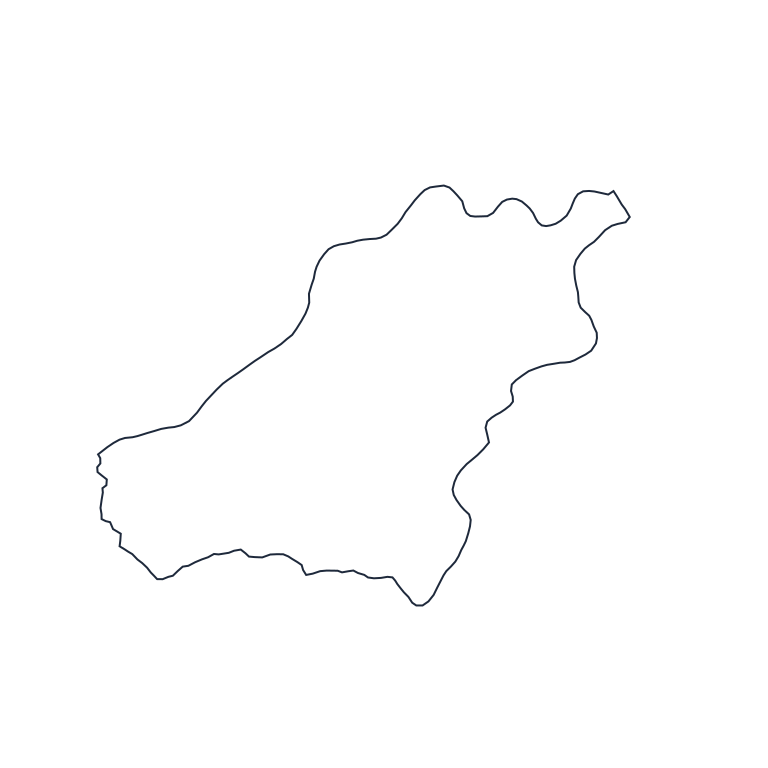 the district of Pirapora, Minas Gerais, Brazil, rotated 40°
{"feature_id": "56859067B69954433860239", "entity_name": "Pirapora", "entity_type": "district", "adm_level": 2, "iso_a3": "BRA", "parent_name": "Brazil", "parent_adm1": "Minas Gerais", "projection": "natural_earth1", "projection_center": [-44.864, -17.379], "detail": "fine", "context": "isolated", "style": "outline", "palette": "slate", "viewbox_px": 768, "rotation_deg": 40, "n_neighbors": 0, "source": "geoboundaries", "source_scale": "gbopen_adm2", "svg_char_len": 3398}
<svg xmlns="http://www.w3.org/2000/svg" viewBox="0 0 768 768"><g transform="rotate(40 384 384)"><path d="M210.2,621.7L214.3,623.2L217.8,627.2L217.8,632.1L221.2,635.6L226.8,635.5L233.0,635.3L236.4,640.0L235.3,644.8L238.4,647.9L242.0,654.0L246.5,661.2L251.3,665.3L254.5,669.0L259.0,667.9L263.0,665.9L269.7,669.3L278.6,667.9L282.7,673.5L285.8,678.3L291.4,677.4L295.7,676.9L300.5,676.1L307.9,676.9L313.9,676.6L320.6,677.0L326.5,678.3L330.7,678.7L335.6,679.3L339.9,675.8L342.8,670.3L345.5,666.6L346.2,660.0L347.2,653.3L351.0,649.0L353.9,641.9L357.3,635.3L360.6,629.8L363.0,623.5L366.9,620.8L370.3,616.9L373.6,613.1L376.3,608.1L380.7,602.9L386.7,602.7L391.5,603.0L396.1,599.8L402.2,595.1L406.5,587.7L411.6,583.0L416.3,579.2L421.5,577.6L425.7,577.1L432.2,576.1L437.3,575.6L441.6,578.5L447.1,580.3L451.3,575.1L455.4,568.4L459.9,563.9L465.0,559.7L468.6,556.8L472.9,555.3L477.0,550.4L480.4,546.6L485.6,545.5L491.6,542.9L496.1,542.5L501.2,539.3L506.4,534.4L510.6,529.5L514.8,526.7L518.9,527.4L522.9,528.7L528.5,529.9L533.2,530.8L539.5,531.4L546.2,533.4L551.1,532.9L555.9,528.9L557.8,522.0L557.6,513.7L555.6,505.5L553.8,497.6L552.6,492.3L552.0,487.3L552.6,480.8L552.8,474.2L551.8,467.9L549.9,461.5L548.9,456.6L547.7,451.8L544.5,444.2L541.4,437.8L537.8,432.4L533.0,429.2L526.7,428.9L521.1,428.1L514.2,426.3L508.8,424.2L504.3,420.7L501.0,413.9L499.0,407.2L498.4,400.8L498.8,392.2L500.1,385.2L501.3,378.3L502.0,370.2L502.0,361.3L495.6,356.4L489.9,352.2L487.2,346.4L488.1,340.6L489.6,335.6L491.4,331.2L493.0,325.7L494.3,319.4L494.1,314.6L490.7,310.9L485.8,307.7L482.2,302.2L482.7,296.1L484.5,288.7L486.6,281.1L489.9,275.1L493.3,269.3L496.6,264.5L501.3,259.1L505.3,254.4L508.6,251.4L512.3,247.5L514.7,243.3L516.7,238.3L519.4,231.9L521.3,225.3L520.3,216.7L517.6,211.9L514.0,208.0L507.7,205.1L501.7,201.6L497.3,199.8L491.7,199.6L485.6,199.1L480.7,196.4L476.7,192.2L473.5,189.0L468.0,185.0L462.6,180.6L458.5,176.6L454.3,171.9L451.5,165.6L450.8,158.1L450.8,151.2L451.9,145.8L453.5,140.1L454.1,133.2L454.5,124.0L456.8,116.3L460.1,111.2L465.1,104.8L464.9,98.1L456.3,95.0L450.7,93.7L441.6,90.5L435.8,88.7L434.0,94.7L427.5,98.1L421.4,101.3L417.0,104.3L412.7,108.4L410.5,114.0L411.0,119.3L412.5,124.3L414.3,129.5L415.7,137.6L414.4,145.3L412.5,150.9L409.6,155.4L406.7,158.8L402.9,161.1L398.1,161.1L394.1,159.8L388.3,157.2L382.8,155.9L378.5,155.6L372.3,155.6L366.7,157.2L363.1,159.6L359.6,163.7L357.5,168.5L357.3,174.9L357.6,182.8L355.3,189.0L351.2,192.7L346.1,197.2L342.1,199.8L337.4,200.1L332.5,197.9L326.5,193.7L318.9,192.4L313.3,191.7L307.9,191.4L302.3,193.5L296.9,199.3L292.9,203.8L290.5,209.3L289.8,215.3L289.5,223.5L289.8,229.5L290.0,238.5L291.1,245.6L291.5,252.5L290.7,261.4L290.0,268.0L287.5,273.8L284.5,277.8L279.8,282.2L275.2,286.9L271.4,291.5L268.5,295.9L264.5,300.9L260.3,305.7L257.0,310.7L254.9,316.4L254.7,323.0L255.3,330.9L257.0,337.5L259.0,342.3L262.5,348.5L264.7,354.3L268.5,363.1L274.4,369.7L276.6,374.4L278.6,380.5L280.2,388.9L281.5,398.1L282.1,405.4L280.7,412.0L279.5,419.4L277.3,427.2L274.8,433.9L273.3,439.1L271.9,443.9L270.3,449.1L268.7,455.2L266.7,463.3L265.0,469.7L263.2,476.0L261.7,481.5L260.3,487.4L259.4,495.8L258.5,511.3L258.7,518.4L259.2,526.2L258.5,537.8L254.9,546.3L251.0,551.8L246.9,556.0L242.2,561.6L238.3,567.6L234.2,573.7L231.2,578.4L228.6,582.4L225.6,586.4L220.3,591.8L217.2,596.6L214.7,603.0L212.7,610.0L211.5,615.6L210.2,621.7Z" fill="none" stroke="#1e293b" stroke-width="2"/></g></svg>